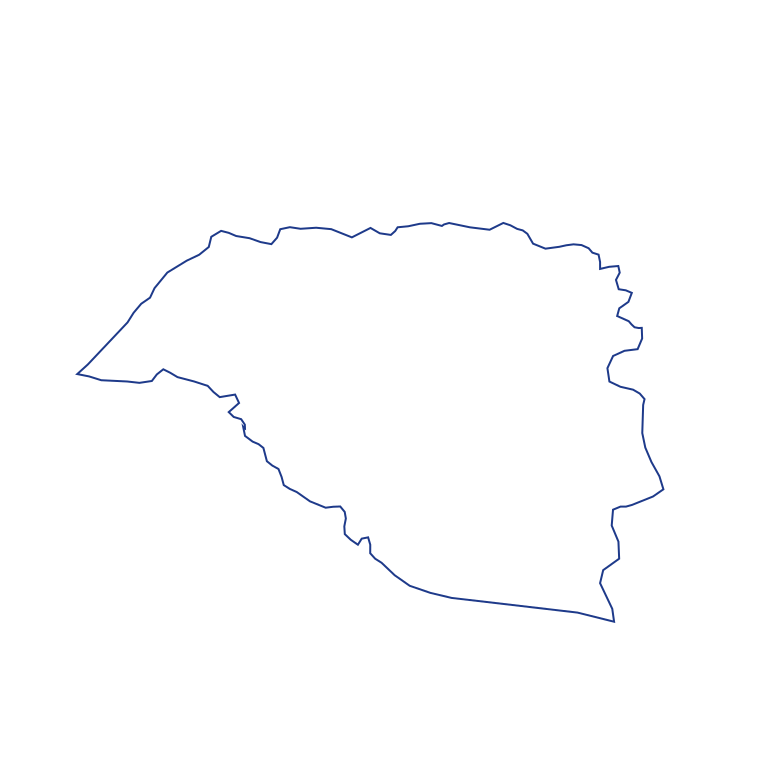 the District of Kuruṇægala, rotated 286°
{"feature_id": "LKA-2461", "entity_name": "Kuruṇægala", "entity_type": "District", "adm_level": 1, "iso_a3": "LKA", "parent_name": "Sri Lanka", "parent_adm1": "", "projection": "robinson", "projection_center": [80.272, 7.727], "detail": "fine", "context": "isolated", "style": "outline", "palette": "blue", "viewbox_px": 768, "rotation_deg": 286, "n_neighbors": 0, "source": "natural_earth", "source_scale": "10m", "svg_char_len": 1987}
<svg xmlns="http://www.w3.org/2000/svg" viewBox="0 0 768 768"><g transform="rotate(286 384 384)"><path d="M487.4,618.2L482.2,606.0L474.1,596.5L460.8,594.4L448.5,600.0L446.5,612.0L447.2,625.0L445.3,632.5L441.3,638.6L435.3,638.9L408.0,645.8L394.9,652.7L382.7,662.6L371.2,674.2L359.8,681.6L350.0,673.6L336.1,655.7L332.9,650.5L331.3,645.1L326.3,638.8L310.7,641.9L297.1,652.8L280.9,658.2L265.5,646.0L252.1,646.6L230.8,665.4L218.9,670.7L217.6,633.0L197.0,508.0L196.0,486.2L197.1,464.4L203.1,447.0L211.5,430.9L213.6,423.7L217.5,417.4L225.7,415.1L232.2,411.0L229.2,405.2L222.3,403.2L225.1,395.0L228.9,387.7L236.2,385.1L244.2,384.4L250.2,381.5L254.2,375.7L252.0,369.0L249.0,362.0L250.8,345.2L256.1,329.9L257.2,322.3L259.2,315.5L266.4,311.2L273.2,306.0L274.8,299.1L277.5,292.7L289.3,285.7L291.6,280.0L292.4,273.6L295.8,264.7L304.1,260.4L303.4,261.5L303.0,262.6L306.6,261.4L310.8,256.4L310.9,248.6L314.2,242.5L325.8,249.9L332.8,243.8L326.1,229.7L329.3,222.3L333.6,215.1L334.1,200.7L333.7,183.6L335.9,175.3L337.3,167.8L330.6,163.0L322.9,160.0L317.7,148.6L315.6,136.3L309.7,111.2L310.0,98.5L309.0,86.4L321.1,93.9L372.5,120.5L383.5,123.7L394.2,128.5L402.5,135.3L412.9,137.0L431.4,145.0L448.2,160.4L457.3,170.7L467.4,177.8L477.9,177.4L486.3,185.2L486.5,193.1L485.5,201.1L487.1,214.6L486.4,226.2L487.4,237.2L495.2,240.9L504.2,241.6L508.8,250.3L510.2,261.0L515.5,275.7L518.3,290.6L516.1,312.7L530.3,328.0L527.7,338.4L529.2,349.5L534.1,352.6L538.4,353.9L542.3,363.8L547.9,374.3L551.7,385.2L551.9,396.1L553.9,397.7L556.7,402.2L558.3,423.4L561.4,443.0L571.7,454.3L571.4,461.7L569.8,469.2L569.9,475.0L567.9,480.4L560.0,488.6L558.6,501.9L564.2,514.7L567.6,521.0L570.5,527.7L572.0,535.6L570.9,543.3L567.7,548.1L567.5,554.6L560.8,558.1L554.2,560.0L558.7,568.1L562.0,576.7L556.0,579.9L548.0,578.3L539.8,583.5L540.7,590.6L539.9,597.1L530.3,596.3L521.6,589.3L513.6,589.4L511.8,602.0L509.5,605.5L507.6,609.2L508.0,613.4L509.0,616.3L498.9,619.6L487.4,618.2Z" fill="none" stroke="#1e3a8a" stroke-width="2"/></g></svg>